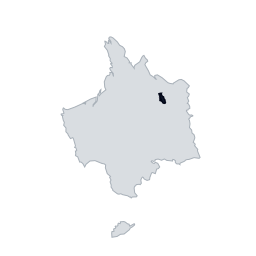 location of Val-d'Oise within France, rotated 56°
{"feature_id": "FRA-5349", "entity_name": "Val-d'Oise", "entity_type": "Metropolitan department", "adm_level": 1, "iso_a3": "FRA", "parent_name": "France", "parent_adm1": "", "projection": "equal_earth", "projection_center": [2.084, 49.057], "detail": "fine", "context": "in_parent", "style": "filled", "palette": "ink", "viewbox_px": 256, "rotation_deg": 56, "n_neighbors": 0, "source": "natural_earth", "source_scale": "10m", "svg_char_len": 4490}
<svg xmlns="http://www.w3.org/2000/svg" viewBox="0 0 256 256"><g transform="rotate(56 128 128)"><path d="M187.4,105.4L186.0,106.1L185.2,107.5L184.3,107.9L182.6,107.9L181.8,107.0L179.8,107.6L179.1,108.5L180.3,109.5L176.5,114.0L174.0,115.2L173.5,118.2L170.6,120.4L169.6,122.7L169.5,123.2L170.3,123.9L170.0,125.5L168.5,126.4L168.6,127.4L169.0,127.6L171.3,126.8L172.1,125.9L171.6,124.6L173.9,123.1L178.0,123.5L178.6,125.5L178.1,127.2L181.1,130.9L178.6,132.6L178.5,133.7L181.2,137.5L182.9,139.0L182.1,141.5L179.3,143.1L177.5,143.0L176.8,143.4L176.9,144.2L178.2,146.4L181.3,147.9L181.8,149.6L180.9,150.2L179.6,152.8L180.2,154.1L180.0,154.7L180.4,155.6L181.2,156.5L185.5,158.7L189.3,158.3L189.8,159.5L187.6,163.0L187.8,164.5L186.6,164.5L186.4,165.1L184.0,166.2L180.3,169.7L178.5,170.7L177.8,172.5L176.8,173.5L171.3,175.5L170.3,175.0L167.6,175.1L165.9,173.8L162.7,173.0L161.6,171.2L158.6,170.8L158.4,169.6L154.2,170.7L148.3,169.0L146.2,167.2L144.5,167.7L143.0,169.3L136.6,173.6L134.1,178.0L134.6,183.1L136.1,185.7L132.2,185.3L129.9,186.0L129.3,187.1L123.8,185.8L121.7,186.9L121.1,186.8L120.4,185.8L117.7,184.5L118.1,183.7L117.8,182.9L115.2,182.3L114.3,183.1L113.4,181.5L106.3,179.2L105.1,179.2L104.6,181.6L100.1,181.5L99.4,181.1L96.4,181.6L93.3,179.4L89.8,179.8L87.7,177.6L85.6,177.4L82.7,176.3L81.4,175.7L81.2,175.0L80.3,176.0L79.2,175.8L79.0,175.5L79.7,174.3L79.9,172.8L76.3,171.8L75.3,170.7L75.3,170.2L77.3,169.7L79.1,167.7L80.9,160.5L82.3,152.1L83.2,150.5L84.4,150.0L83.5,148.9L82.3,150.4L83.1,142.7L84.5,137.0L87.5,139.3L88.2,140.3L89.1,143.8L90.8,145.2L89.7,143.8L88.7,139.2L88.0,138.0L83.2,134.1L83.1,133.3L85.2,133.7L84.4,130.9L84.0,125.0L81.1,124.4L76.4,121.8L73.3,117.3L73.0,115.6L73.9,113.9L73.2,112.7L71.8,112.0L72.9,110.4L73.9,110.3L77.2,111.2L74.5,109.7L70.0,110.2L68.3,109.7L68.0,108.6L69.2,107.3L67.8,106.4L65.2,106.6L64.9,106.3L65.7,105.3L65.1,105.0L63.0,105.3L61.8,105.0L60.7,103.9L57.4,103.7L56.6,103.0L52.1,101.7L47.2,102.0L46.0,99.8L43.1,98.7L43.7,98.0L46.6,97.4L47.2,96.7L45.1,95.9L44.4,94.9L48.3,94.7L46.6,93.8L42.8,93.8L42.3,92.5L42.9,91.2L45.1,90.0L50.7,88.7L54.7,88.7L57.6,87.1L60.4,86.7L63.1,87.5L66.6,91.2L69.5,89.6L73.8,89.6L74.6,90.6L75.8,88.9L76.7,89.8L82.0,89.5L80.8,88.8L79.8,87.2L79.7,81.3L77.2,77.1L76.6,75.5L76.7,74.2L79.8,74.5L82.4,73.9L83.7,74.3L83.9,77.0L85.0,78.6L92.1,79.1L96.3,79.9L99.7,78.4L103.0,77.7L103.3,77.3L101.4,77.5L99.7,76.8L99.5,76.1L100.4,73.9L105.4,71.6L112.7,69.6L114.5,68.3L116.7,65.9L116.2,65.3L116.5,58.8L117.6,56.6L120.4,55.1L127.4,53.6L128.3,55.6L128.2,56.8L130.1,58.6L131.0,59.2L134.1,58.2L135.5,59.9L136.0,61.8L139.7,62.6L140.8,65.1L141.5,64.5L143.8,64.6L144.9,64.9L146.4,65.9L146.0,67.5L146.6,68.2L146.0,69.6L146.5,70.1L150.7,70.1L152.0,69.5L152.6,68.1L153.9,67.3L154.3,67.6L153.6,70.2L154.2,70.8L154.5,72.7L156.1,72.8L159.3,74.3L162.0,76.8L165.3,76.4L167.9,77.7L170.5,77.0L173.0,77.8L173.9,78.5L176.4,82.0L178.2,81.3L179.5,81.7L179.9,82.7L184.7,82.1L185.6,83.1L186.6,83.4L192.7,84.7L192.9,86.0L189.5,89.8L188.1,95.1L187.1,96.9L186.8,98.3L187.1,99.3L187.0,100.7L186.3,104.2L186.8,105.2L187.4,105.4ZM212.4,179.7L212.2,182.1L213.1,183.7L213.7,190.5L211.9,193.7L211.8,197.7L209.6,202.4L206.0,200.3L204.9,199.2L205.8,197.4L203.7,196.4L204.1,194.6L203.9,193.8L202.4,193.7L202.3,193.2L203.3,191.9L203.3,191.0L201.9,190.0L201.6,189.1L202.9,188.0L202.2,187.1L201.5,186.8L203.2,183.8L204.4,182.9L207.2,182.0L208.3,180.9L210.1,181.5L210.4,181.2L210.8,176.4L211.5,176.3L212.1,176.9L212.4,179.7ZM83.5,131.2L83.0,132.6L81.2,130.2L81.0,129.0L83.5,131.2Z" fill="#d9dde1" stroke="#a8b0b8" stroke-width="1"/><path d="M125.1,85.0L124.8,85.0L124.3,85.2L124.0,85.4L123.8,85.5L123.6,85.6L123.3,86.0L123.1,86.1L122.8,86.0L122.8,85.7L122.9,85.3L123.3,85.0L123.4,84.9L123.4,84.7L123.0,84.4L122.4,84.3L122.2,84.4L122.1,84.6L121.8,85.1L121.6,85.2L121.4,84.9L121.4,84.7L121.2,84.3L121.1,84.2L120.9,84.1L120.7,84.1L120.0,84.4L119.8,84.1L119.7,83.5L119.6,83.4L119.3,83.3L119.1,83.3L118.8,83.3L118.2,83.6L117.9,83.6L117.8,83.4L117.6,83.2L117.3,83.2L116.9,83.1L117.5,81.5L117.9,80.9L118.0,81.1L118.1,81.3L118.3,81.5L118.6,81.6L118.9,81.6L119.5,81.7L119.8,81.8L120.0,81.8L120.4,81.8L121.0,81.7L121.4,81.6L121.9,81.3L122.0,81.2L122.3,81.2L122.4,81.3L122.5,81.4L122.6,81.5L122.9,81.6L123.1,81.6L123.4,81.6L124.1,81.9L124.3,81.9L124.5,81.9L124.9,81.7L125.1,81.7L125.3,81.7L127.3,82.7L127.6,82.6L127.8,82.8L128.1,83.1L128.0,83.3L127.9,83.9L127.8,84.2L127.5,84.4L126.9,84.9L126.5,85.0L125.4,84.8L125.1,85.0Z" fill="#0f172a" stroke="#020617" stroke-width="1.5"/></g></svg>